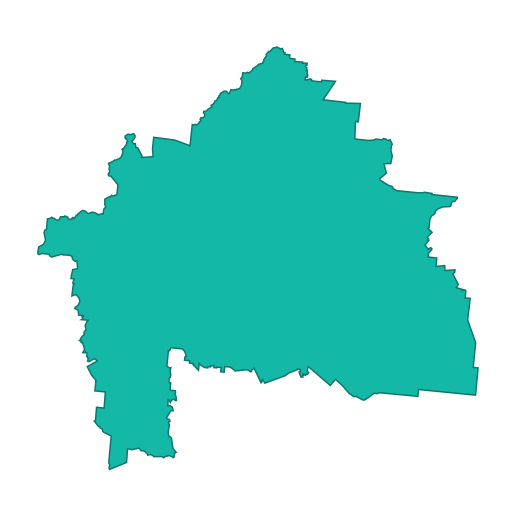 Western Downs, Queensland, Australia (Albers equal-area conic projection), rotated 268°
{"feature_id": "25037944B15079852191884", "entity_name": "Western Downs", "entity_type": "district", "adm_level": 2, "iso_a3": "AUS", "parent_name": "Australia", "parent_adm1": "Queensland", "projection": "albers", "projection_center": [150.512, -26.807], "detail": "fine", "context": "isolated", "style": "filled", "palette": "teal", "viewbox_px": 512, "rotation_deg": 268, "n_neighbors": 0, "source": "geoboundaries", "source_scale": "gbopen_adm2", "svg_char_len": 6005}
<svg xmlns="http://www.w3.org/2000/svg" viewBox="0 0 512 512"><g transform="rotate(268 256 256)"><path d="M109.3,470.5L136.4,474.1L137.1,469.2L161.7,472.5L184.8,465.3L206.2,468.6L206.8,463.6L214.3,464.5L215.1,462.2L214.4,461.9L214.3,461.0L215.4,461.1L217.4,455.0L220.6,457.2L231.3,452.0L232.7,454.1L235.2,454.4L234.9,444.3L239.8,444.3L239.3,435.5L247.7,436.6L249.0,428.0L253.2,428.7L256.0,431.8L257.3,432.0L258.3,430.7L256.7,428.5L261.0,425.3L265.7,429.3L266.0,427.9L266.7,428.0L267.5,429.0L268.7,427.8L273.6,432.8L277.6,428.8L278.7,430.0L287.3,431.2L290.1,433.2L291.9,436.1L294.7,437.0L296.7,439.6L298.5,444.1L298.7,452.1L303.2,453.7L303.7,456.4L306.3,459.0L307.7,459.3L311.3,433.8L312.4,434.1L313.8,426.6L313.3,424.0L313.7,418.9L316.4,398.8L318.6,395.4L320.6,394.7L322.2,390.6L327.4,382.8L328.9,382.3L334.2,389.2L343.7,387.1L343.7,393.9L351.0,395.7L357.0,394.5L361.9,395.3L362.9,396.1L367.6,394.0L366.8,392.5L367.4,390.9L368.3,390.0L368.9,387.4L367.7,386.1L368.7,379.8L367.7,377.6L367.6,372.2L369.5,358.8L387.1,360.2L386.4,362.9L404.8,365.7L405.6,350.7L406.4,350.9L409.8,328.6L427.8,341.5L429.4,327.8L427.8,327.5L428.2,323.7L429.2,317.5L430.6,317.7L431.1,316.3L430.2,313.0L430.3,311.2L433.2,311.7L432.9,313.7L435.3,314.0L435.4,313.3L440.0,313.9L440.2,312.9L442.3,313.3L443.3,312.1L445.1,312.4L444.9,313.5L446.9,313.9L447.1,309.2L448.2,309.4L449.0,301.5L451.5,301.8L452.3,296.9L453.4,296.5L455.8,296.9L456.6,291.9L458.1,292.1L458.1,291.0L462.5,289.6L462.2,287.7L464.2,284.0L463.6,283.2L463.3,280.4L459.8,277.0L460.0,275.8L457.2,273.2L455.6,273.4L452.2,270.7L450.5,270.7L450.2,269.9L448.7,269.7L447.3,264.9L446.4,264.6L443.4,259.5L441.3,258.5L439.0,255.0L439.9,254.0L439.1,252.1L439.6,249.2L435.4,248.5L433.6,246.9L432.2,248.0L429.3,247.9L426.9,247.3L423.7,245.3L423.3,242.2L422.5,241.6L423.1,240.1L422.6,238.9L423.1,236.7L420.0,235.4L419.1,234.2L421.6,232.3L421.9,229.9L419.6,226.0L418.0,225.5L417.0,224.3L415.8,224.7L415.4,223.3L412.7,222.0L412.4,220.4L409.8,219.2L408.1,216.3L406.6,217.3L404.6,213.6L402.5,211.2L402.4,208.9L400.9,208.5L399.9,209.6L397.6,209.5L396.3,208.4L395.9,205.6L395.3,205.8L394.4,204.9L393.1,205.6L391.9,204.6L392.0,204.0L390.3,203.3L389.0,200.9L389.7,199.8L389.0,198.2L389.6,196.9L368.5,193.9L374.7,178.9L378.2,157.9L366.9,156.3L358.9,156.6L358.4,145.0L360.0,145.6L368.2,141.6L368.7,139.6L372.5,139.4L372.3,137.5L375.1,135.9L376.7,137.8L378.9,139.2L380.6,139.3L382.0,138.4L382.5,137.5L381.7,135.0L382.2,132.3L380.6,129.5L379.5,129.2L378.6,129.9L378.1,129.5L376.8,131.1L375.0,131.9L374.3,130.8L372.2,130.4L368.3,127.6L367.3,125.8L365.5,126.7L362.9,126.2L358.9,124.3L356.7,119.3L356.9,118.2L355.4,116.0L353.8,111.8L350.3,112.8L348.3,112.2L345.6,112.7L342.5,111.1L341.2,111.8L340.8,113.8L332.0,120.5L322.3,119.1L320.9,115.4L321.7,113.6L320.1,112.5L320.3,111.8L319.7,110.0L318.1,106.9L312.6,106.7L310.1,107.5L308.1,105.5L303.4,104.7L303.7,103.6L302.7,99.9L304.5,97.3L305.4,94.7L305.4,93.1L304.3,90.2L304.6,89.1L306.7,87.2L307.6,84.2L304.4,79.6L303.2,79.0L303.0,77.8L301.0,76.6L299.6,74.7L300.8,74.3L298.8,71.7L299.7,69.5L301.3,69.3L302.7,66.6L301.9,66.5L302.0,62.0L299.7,60.8L298.6,58.9L299.2,57.1L300.7,55.7L300.8,54.7L301.9,53.3L300.8,51.5L300.4,48.9L290.2,47.6L289.2,45.9L286.8,45.0L279.3,46.2L276.0,44.6L274.6,43.2L272.7,39.2L266.6,37.9L265.7,38.3L265.0,39.2L266.0,42.0L265.0,49.1L263.4,49.8L262.1,51.6L264.6,62.2L263.9,62.8L263.3,69.4L262.0,72.2L259.8,72.4L258.3,73.4L256.9,75.2L257.3,76.8L250.2,77.3L249.5,76.9L248.8,72.4L242.1,70.6L239.9,70.4L239.5,73.5L236.0,72.1L234.7,72.1L234.5,73.4L232.6,72.2L222.5,70.6L223.4,73.3L223.5,75.1L220.0,77.7L217.1,78.4L215.0,77.6L212.8,76.3L211.1,73.5L210.2,73.7L209.8,73.2L208.0,76.4L203.2,76.6L202.3,81.5L201.5,81.4L201.1,80.1L199.0,80.8L198.5,79.6L197.7,86.1L196.3,84.7L192.5,82.8L188.5,83.6L186.1,81.5L183.1,81.5L182.4,80.1L180.2,78.3L178.9,77.5L178.8,77.9L177.7,77.7L177.5,77.1L177.0,78.7L175.7,78.2L175.1,79.7L169.9,81.2L167.9,81.1L165.5,79.5L165.2,81.7L166.2,82.2L164.6,83.8L161.3,83.3L159.6,84.9L157.0,83.9L156.2,85.2L159.0,90.8L157.1,93.6L156.4,93.4L151.3,83.5L142.5,87.6L137.3,91.7L126.8,90.3L125.4,100.7L109.3,98.9L110.4,91.4L97.0,89.8L96.6,88.6L91.1,92.7L90.9,93.9L89.7,94.2L88.1,96.5L86.4,96.6L85.2,97.6L81.2,105.0L54.4,101.6L52.2,102.6L49.7,101.7L47.8,102.1L54.2,119.4L67.6,120.9L67.4,123.7L66.7,125.0L68.1,132.2L65.4,134.4L65.3,136.3L64.5,138.1L62.1,140.6L60.7,140.8L61.3,143.3L60.3,145.7L59.0,147.0L58.9,154.5L57.6,156.7L58.8,158.3L59.6,162.6L57.4,166.5L57.9,167.0L61.9,167.9L62.6,169.4L66.1,166.6L67.8,166.1L76.9,165.2L78.2,164.1L78.4,163.1L80.8,162.1L85.3,162.4L89.4,163.6L93.0,162.8L93.9,164.3L95.7,163.5L96.3,161.7L97.4,160.9L104.4,165.5L104.3,167.8L107.9,167.1L109.7,164.3L109.4,162.6L115.5,163.2L115.4,164.0L112.6,165.3L114.9,166.5L115.6,169.0L114.2,170.9L114.5,171.5L118.8,171.1L121.1,169.9L121.7,170.8L124.2,170.7L124.9,165.5L132.2,166.3L132.1,165.4L133.5,164.6L136.8,165.0L137.7,166.1L140.3,166.7L141.8,166.5L142.1,165.9L147.4,167.0L147.2,165.7L148.9,163.1L164.8,165.2L164.4,166.3L167.3,167.8L165.7,179.1L163.1,181.5L157.9,182.9L157.7,181.5L154.3,180.9L153.6,186.1L151.2,185.8L150.7,189.5L149.7,189.3L143.8,194.5L150.6,195.5L148.5,197.4L146.4,200.6L145.8,203.9L147.1,204.1L146.7,206.7L148.0,206.9L147.5,210.4L145.9,210.0L145.6,212.7L146.3,212.9L145.7,217.3L141.5,216.7L141.0,220.1L146.6,220.9L145.8,226.8L145.3,226.8L145.1,227.6L141.8,231.2L142.6,241.7L142.2,244.3L140.5,246.3L140.6,247.5L142.4,247.7L144.0,250.2L129.1,256.6L129.3,257.0L129.9,256.5L130.9,257.9L131.7,257.6L132.4,258.4L128.6,260.4L135.4,281.1L137.9,284.7L140.8,292.9L141.7,293.9L141.0,296.5L138.4,296.3L138.1,295.7L138.8,295.4L138.4,295.0L133.4,296.8L133.3,298.6L134.6,298.5L135.4,299.8L135.8,298.7L136.7,298.9L136.2,300.2L135.0,301.2L135.9,302.4L136.0,303.5L137.6,304.6L138.8,303.2L142.1,303.8L143.5,304.6L124.0,325.7L129.9,331.2L123.4,337.9L115.4,344.3L111.9,349.1L112.3,350.9L108.4,357.7L108.2,359.2L109.9,362.4L114.7,369.2L114.2,372.6L115.1,374.0L110.1,412.9L116.9,413.8L109.3,470.5Z" fill="#14b8a6" stroke="#0f766e" stroke-width="1.5"/></g></svg>